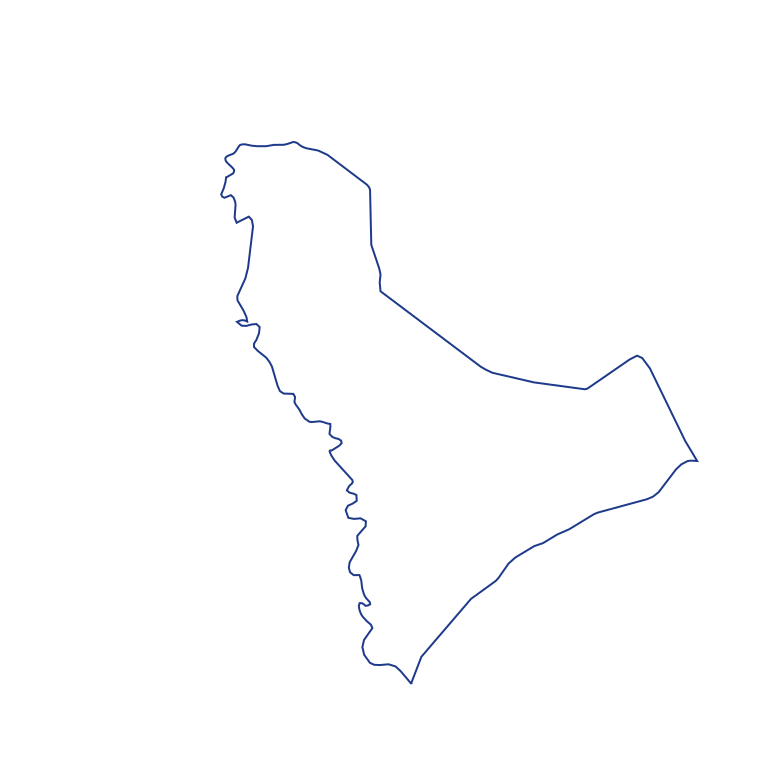 the border of Ñeembucú, rotated 316°
{"feature_id": "PRY-610", "entity_name": "Ñeembucú", "entity_type": "Department", "adm_level": 1, "iso_a3": "PRY", "parent_name": "Paraguay", "parent_adm1": "", "projection": "natural_earth1", "projection_center": [-58.039, -26.618], "detail": "fine", "context": "isolated", "style": "outline", "palette": "blue", "viewbox_px": 768, "rotation_deg": 316, "n_neighbors": 0, "source": "natural_earth", "source_scale": "10m", "svg_char_len": 2686}
<svg xmlns="http://www.w3.org/2000/svg" viewBox="0 0 768 768"><g transform="rotate(316 384 384)"><path d="M329.0,244.0L331.5,240.4L334.0,233.4L336.7,222.1L339.5,218.9L357.7,211.7L367.0,205.9L399.3,179.6L402.9,174.2L403.0,169.7L390.0,165.6L392.2,160.5L401.9,151.8L403.7,149.2L405.3,145.3L405.0,141.8L398.6,139.2L397.8,136.8L398.6,134.5L404.5,132.0L410.3,128.6L414.1,125.6L415.1,126.1L421.8,127.7L423.2,127.2L424.8,126.1L425.1,124.7L425.2,122.3L424.9,116.6L425.1,113.9L425.8,112.4L426.9,111.3L428.2,111.1L429.7,111.2L435.2,113.5L437.2,113.8L438.9,113.6L444.8,112.2L446.5,112.1L448.4,113.1L450.6,115.1L454.4,120.7L458.2,125.1L464.3,131.0L470.9,135.5L478.2,142.4L481.2,144.2L486.9,146.9L488.0,148.4L489.0,150.5L489.4,154.1L490.2,157.0L491.8,160.3L498.8,170.3L502.5,179.8L510.2,228.9L509.9,232.4L508.7,234.8L471.5,275.1L460.7,297.8L457.4,303.0L451.4,308.0L445.9,314.9L465.6,438.8L467.3,444.7L469.8,451.3L492.9,486.9L524.9,527.4L527.0,528.6L577.7,537.0L585.7,539.4L587.8,544.7L586.1,557.6L561.1,634.2L555.9,656.5L555.8,656.9L551.3,652.1L548.8,650.3L542.9,648.6L541.8,648.3L534.5,648.3L506.4,652.6L499.2,651.9L497.4,651.2L493.0,649.5L447.9,624.7L447.7,624.7L444.6,623.5L416.2,617.1L404.1,612.6L391.7,609.8L387.8,608.9L379.3,604.9L379.2,604.9L362.6,601.1L357.6,600.0L348.8,599.7L331.9,603.0L327.8,603.3L297.3,599.0L221.4,606.2L196.5,617.8L195.3,618.9L195.4,618.7L196.5,602.1L196.1,595.2L192.6,588.8L185.7,583.2L181.9,579.2L180.2,574.8L181.6,565.1L185.6,558.3L191.9,554.2L206.1,551.5L207.4,548.0L206.9,542.9L207.0,536.8L207.6,533.8L208.6,531.2L209.9,528.7L211.6,526.3L214.2,524.7L215.8,526.2L216.5,528.6L216.5,529.9L216.7,530.8L218.7,532.2L218.8,532.2L221.1,532.8L222.2,531.1L222.4,525.5L222.9,523.1L223.9,520.5L226.4,515.8L231.4,509.2L233.6,504.4L229.4,500.4L228.8,495.9L231.1,491.7L235.4,488.4L247.8,484.8L253.8,482.1L256.4,477.9L259.2,474.7L265.7,474.1L271.9,473.6L275.6,470.2L273.8,464.3L268.7,460.2L265.4,455.5L268.8,448.1L273.5,446.5L278.5,448.3L283.2,449.1L287.0,444.7L286.0,441.9L283.7,438.1L283.4,434.7L288.0,433.2L291.4,433.3L293.4,432.9L294.5,431.2L295.3,404.9L296.5,398.6L298.0,394.7L298.9,394.3L300.3,395.5L309.1,397.3L312.4,397.1L313.8,395.0L313.1,391.9L311.4,389.3L310.1,386.2L310.0,382.3L311.1,381.2L315.8,377.5L317.6,375.4L316.1,373.5L313.6,368.8L311.9,366.2L305.6,361.2L304.1,359.3L303.0,353.6L303.9,348.5L305.4,343.3L306.2,337.4L307.1,334.7L311.0,331.6L311.9,328.1L305.2,321.2L304.2,316.9L306.1,311.6L315.5,293.6L316.9,288.8L317.6,283.3L316.2,272.5L316.2,267.1L318.5,264.7L322.9,263.6L329.3,260.7L334.1,256.7L333.9,252.2L329.8,249.0L325.4,246.6L322.1,243.2L321.4,237.2L324.3,238.3L326.5,239.7L328.0,241.6L329.0,244.0Z" fill="none" stroke="#1e3a8a" stroke-width="2"/></g></svg>